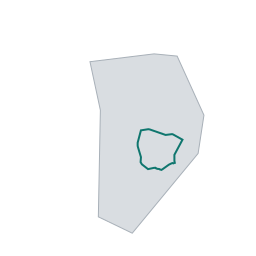 Saint Thomas highlighted on a map of Barbados, rotated 221°
{"feature_id": "BRB-1999", "entity_name": "Saint Thomas", "entity_type": "Parish", "adm_level": 1, "iso_a3": "BRB", "parent_name": "Barbados", "parent_adm1": "", "projection": "orthographic", "projection_center": [-59.606, 13.184], "detail": "fine", "context": "in_parent", "style": "outline", "palette": "teal", "viewbox_px": 256, "rotation_deg": 221, "n_neighbors": 0, "source": "natural_earth", "source_scale": "10m", "svg_char_len": 864}
<svg xmlns="http://www.w3.org/2000/svg" viewBox="0 0 256 256"><g transform="rotate(221 128 128)"><path d="M156.9,201.1L138.1,214.5L79.1,187.5L58.4,154.8L55.8,51.4L92.1,41.5L160.5,123.3L200.2,153.1L156.9,201.1Z" fill="#d9dde1" stroke="#a8b0b8" stroke-width="1"/><path d="M93.7,109.7L96.1,110.5L99.1,114.5L108.4,120.4L109.3,121.2L111.1,123.3L116.7,134.7L111.9,140.4L110.6,141.2L95.1,147.4L90.7,152.3L89.8,152.7L79.2,154.9L75.4,138.2L71.1,133.3L70.2,132.8L69.9,132.4L70.1,132.3L70.2,131.9L70.4,131.3L70.6,131.0L70.9,130.9L71.5,130.7L72.2,129.3L73.1,127.1L74.9,119.5L75.3,118.3L76.5,117.8L76.8,117.6L77.1,117.6L77.3,117.6L77.5,117.5L77.7,117.4L77.9,117.3L78.6,116.7L78.8,116.6L79.1,116.5L79.6,116.2L79.8,116.1L80.2,116.0L80.3,116.1L80.6,116.1L80.9,115.9L81.0,115.8L81.3,115.9L82.3,114.9L85.9,110.1L93.7,109.7Z" fill="none" stroke="#0f766e" stroke-width="2"/></g></svg>